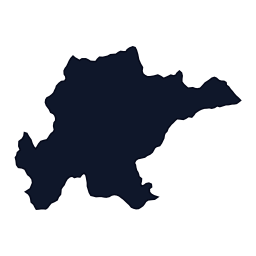 the district of Cabo Verde, Minas Gerais, Brazil
{"feature_id": "56859067B98628582870895", "entity_name": "Cabo Verde", "entity_type": "district", "adm_level": 2, "iso_a3": "BRA", "parent_name": "Brazil", "parent_adm1": "Minas Gerais", "projection": "albers", "projection_center": [-46.381, -21.483], "detail": "fine", "context": "isolated", "style": "filled", "palette": "ink", "viewbox_px": 256, "rotation_deg": 0, "n_neighbors": 0, "source": "geoboundaries", "source_scale": "gbopen_adm2", "svg_char_len": 3284}
<svg xmlns="http://www.w3.org/2000/svg" viewBox="0 0 256 256"><path d="M218.8,80.4L216.4,78.2L214.4,77.4L211.9,78.2L209.4,80.2L207.1,81.7L205.2,82.9L203.1,85.3L200.3,88.3L197.3,88.9L195.1,88.6L192.8,87.7L190.2,88.0L187.9,88.2L186.1,86.6L183.7,84.4L181.8,81.8L181.8,79.0L182.2,75.8L181.5,72.9L179.4,71.0L177.0,73.2L175.8,75.2L173.5,75.9L170.8,75.1L168.5,76.3L166.5,77.2L163.7,78.4L160.7,76.4L157.8,75.0L154.0,76.1L150.3,76.7L147.5,76.8L144.9,75.5L142.9,73.8L142.0,71.0L142.5,67.4L140.4,63.8L138.6,59.6L137.6,54.3L136.4,50.2L135.1,47.6L132.8,46.8L129.6,48.0L127.2,49.7L126.1,51.6L123.8,51.8L120.6,51.4L118.4,52.5L116.0,54.3L113.2,54.5L110.5,54.7L107.8,56.2L105.4,56.8L102.7,57.4L99.5,57.2L97.5,59.1L95.7,61.6L93.1,61.5L90.4,61.3L88.3,60.0L85.8,58.8L82.0,58.8L79.4,60.5L77.2,59.1L75.0,57.9L73.0,56.1L70.9,58.4L69.3,61.1L68.1,63.8L66.7,66.6L65.3,68.3L64.1,70.8L64.3,74.2L65.6,76.1L66.1,78.5L64.7,81.1L61.4,81.5L59.0,83.3L56.5,86.1L55.9,88.3L54.8,90.4L53.8,92.8L52.0,94.7L49.5,96.6L47.0,97.8L45.8,99.7L45.4,102.4L46.4,105.3L47.8,107.2L49.3,109.2L50.7,112.3L53.4,113.6L54.8,115.3L55.7,117.9L55.7,120.6L54.1,122.7L53.6,126.0L54.4,129.9L53.3,132.0L51.2,133.6L49.7,135.6L48.6,137.5L46.9,139.8L43.8,140.5L40.9,141.4L38.7,144.0L37.1,146.8L35.7,148.9L33.8,146.9L32.1,143.6L30.9,139.8L29.3,137.6L28.0,135.5L26.9,133.4L24.4,132.6L23.9,136.1L22.3,138.9L19.0,141.4L18.8,146.2L20.3,149.9L17.4,152.5L16.7,155.7L15.4,157.5L16.1,160.5L16.6,164.8L18.4,167.4L22.1,167.9L24.9,169.2L27.7,174.6L30.0,176.4L32.0,179.2L32.6,182.9L30.2,188.8L25.4,191.8L28.5,194.0L30.1,196.5L30.8,199.0L31.2,202.1L33.8,204.5L34.8,206.6L36.3,209.2L38.9,209.0L41.2,208.7L43.6,208.7L45.7,208.9L47.5,207.6L48.9,205.6L51.0,203.0L54.4,201.5L57.2,199.9L58.4,196.9L60.5,194.4L60.8,191.8L61.0,189.1L62.3,187.0L64.1,184.8L65.3,181.9L67.1,178.9L69.6,176.8L72.2,176.1L74.4,177.5L77.2,176.7L80.0,177.0L81.9,174.5L84.1,173.1L85.8,174.8L86.4,177.0L86.9,179.8L87.4,182.8L87.4,186.2L88.4,189.5L89.3,192.5L90.9,195.3L93.4,195.9L96.0,196.6L99.0,196.4L101.6,196.4L104.2,196.9L106.3,197.1L109.2,196.5L111.5,195.1L114.2,194.5L116.9,194.9L119.3,195.9L121.7,197.8L123.4,199.0L125.3,200.8L127.5,202.9L129.4,204.6L131.4,207.1L133.7,208.1L136.1,208.7L138.5,208.5L140.4,207.4L142.8,205.7L144.3,203.8L145.7,201.5L148.1,199.9L151.6,199.5L154.7,199.2L157.9,197.0L154.1,195.8L151.4,194.3L149.5,192.2L149.3,188.7L151.6,187.0L151.3,184.2L148.9,183.1L146.1,183.7L144.3,185.2L141.6,186.1L140.6,183.9L141.3,181.3L141.5,178.7L139.0,176.7L138.5,174.5L137.8,172.4L136.6,170.6L135.8,167.7L135.4,165.0L134.4,163.0L135.6,160.4L137.8,158.7L141.8,157.8L144.8,157.1L146.9,155.5L150.0,154.1L152.3,152.2L153.5,150.1L154.6,148.0L156.3,146.6L159.7,145.6L161.5,143.0L162.5,140.9L163.8,138.2L164.2,135.4L164.9,133.3L166.9,131.2L168.1,128.1L169.5,126.4L171.2,124.2L173.1,122.5L175.0,120.5L177.0,118.7L180.4,119.0L183.4,119.4L185.8,118.3L188.5,116.5L191.8,117.1L193.8,114.9L195.2,112.8L197.3,111.3L199.2,110.1L201.5,109.0L204.3,108.1L206.7,108.0L209.2,107.7L211.7,108.2L214.5,107.5L217.1,105.8L219.8,106.6L222.4,105.8L225.8,104.7L228.7,104.6L232.0,103.9L234.5,103.8L236.6,103.4L238.7,101.9L240.6,100.4L238.4,98.1L235.9,95.9L233.8,93.5L232.3,91.5L230.4,89.4L228.5,86.7L226.4,85.3L226.0,82.5L224.0,81.3L221.1,81.2L218.8,80.4Z" fill="#0f172a" stroke="#020617" stroke-width="1.5"/></svg>